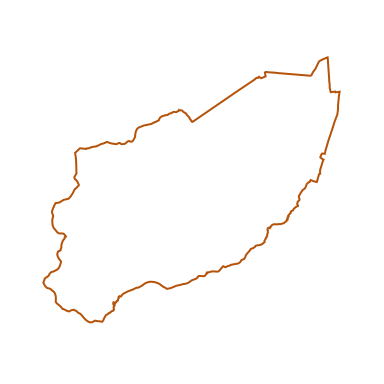 outline of Vama, Satu Mare, Romania, rotated 84°
{"feature_id": "2599482B96492701806769", "entity_name": "Vama", "entity_type": "district", "adm_level": 2, "iso_a3": "ROU", "parent_name": "Romania", "parent_adm1": "Satu Mare", "projection": "albers", "projection_center": [23.428, 47.811], "detail": "fine", "context": "isolated", "style": "outline", "palette": "amber", "viewbox_px": 384, "rotation_deg": 84, "n_neighbors": 0, "source": "geoboundaries", "source_scale": "gbopen_adm2", "svg_char_len": 5995}
<svg xmlns="http://www.w3.org/2000/svg" viewBox="0 0 384 384"><g transform="rotate(84 192 192)"><path d="M137.7,292.7L138.1,292.9L136.8,298.8L140.9,304.2L146.6,303.9L152.2,304.2L161.5,305.0L165.0,307.5L167.0,307.1L168.0,306.0L169.6,305.0L172.7,303.9L173.2,303.8L173.8,304.1L176.5,307.4L176.9,308.3L180.3,310.4L182.5,312.1L183.7,313.1L185.7,315.3L186.0,316.6L186.3,320.1L186.9,321.5L187.5,322.8L188.6,325.1L188.8,328.9L189.8,329.4L190.9,330.4L192.1,330.8L193.5,331.8L196.3,333.1L196.9,333.3L198.2,333.3L201.3,332.5L204.2,333.6L206.3,334.0L209.1,334.1L210.3,334.1L213.4,333.3L213.9,333.0L214.7,332.3L217.4,330.6L218.4,329.8L219.0,328.9L219.4,328.1L219.6,325.5L220.0,324.3L220.4,323.8L221.0,323.3L222.7,322.2L223.2,322.0L223.4,322.4L223.4,323.0L223.6,323.3L224.6,323.5L225.4,324.0L226.7,325.4L229.8,327.0L231.7,327.5L233.9,327.8L235.1,328.6L235.6,328.8L236.1,328.7L236.7,329.8L237.2,331.5L239.8,332.5L240.9,332.5L242.9,332.0L244.5,331.3L247.0,329.8L247.8,329.5L252.2,331.4L253.7,332.5L254.9,333.8L256.5,337.8L256.8,339.6L257.3,341.0L259.3,342.8L260.1,343.1L260.4,343.7L261.2,344.6L262.0,346.5L262.8,347.5L266.6,349.3L269.6,348.2L272.0,346.5L272.3,346.1L273.1,343.9L273.8,342.8L276.9,339.8L278.4,339.0L281.1,338.4L283.7,338.5L286.7,339.0L287.6,338.7L288.7,338.0L292.3,334.5L294.7,333.0L294.9,332.3L296.2,330.1L297.2,328.7L297.9,326.9L297.9,326.4L297.2,325.0L296.9,324.1L296.8,323.0L296.8,321.7L297.4,321.2L297.8,320.0L298.6,319.1L299.6,318.4L300.6,317.3L301.1,316.3L301.7,315.6L303.2,314.4L305.6,312.9L308.4,310.7L309.8,309.1L310.9,307.2L311.1,305.7L311.0,305.0L310.5,303.4L309.8,302.1L310.6,299.3L310.9,297.5L311.3,296.2L311.7,295.2L311.3,294.6L310.6,293.8L308.4,292.6L305.4,290.4L305.2,290.0L304.7,288.5L304.4,288.2L304.2,287.9L303.8,287.6L303.7,286.5L303.3,286.3L303.1,285.6L302.2,284.5L302.0,283.7L302.0,283.1L301.6,282.8L300.7,281.8L299.4,282.1L298.9,281.9L298.0,282.0L297.4,281.6L297.2,281.1L297.0,280.9L295.4,282.0L294.0,281.9L293.4,281.6L293.4,281.4L294.5,281.0L294.7,280.7L295.2,280.4L294.0,279.6L293.8,279.0L293.4,278.6L292.6,278.4L292.6,277.6L292.1,277.0L290.5,276.6L289.9,275.9L288.9,276.1L288.5,275.8L288.0,275.0L288.0,274.8L288.4,274.3L288.5,274.0L288.5,273.6L288.2,273.2L287.3,272.7L286.4,271.5L285.6,270.0L284.9,268.2L284.0,265.7L282.9,261.3L281.4,257.1L281.5,255.3L280.6,253.3L280.3,252.2L279.0,250.1L277.7,247.7L276.9,244.3L277.0,241.5L277.8,238.4L279.0,235.6L280.4,233.5L283.4,230.4L283.6,229.9L284.6,228.3L285.6,227.4L285.7,226.8L285.4,223.4L283.6,217.3L283.1,212.7L282.7,211.2L282.6,208.3L282.4,207.0L281.8,204.9L279.9,201.7L278.6,196.9L278.0,195.8L276.7,194.9L276.4,194.3L276.3,193.6L276.3,192.7L276.6,191.5L276.9,189.4L276.9,188.2L275.0,186.3L274.4,185.2L274.1,185.2L273.8,185.8L273.6,185.7L273.5,185.2L273.7,184.6L273.2,181.4L273.1,179.9L273.4,177.6L273.9,174.8L273.8,174.3L273.7,173.9L272.7,172.6L270.2,170.1L269.1,168.8L269.1,168.5L270.2,167.1L270.3,166.6L269.5,164.3L269.1,162.2L268.5,160.9L267.9,153.3L266.6,151.2L265.1,150.2L264.4,148.8L264.2,147.5L264.1,147.2L262.5,145.9L260.7,145.2L259.0,143.6L256.0,140.4L254.8,139.5L254.3,137.8L254.3,137.4L253.3,135.3L252.2,134.5L252.1,133.7L251.8,132.4L251.9,131.6L251.7,129.0L251.2,128.3L251.2,127.9L251.0,127.7L250.9,127.2L250.3,126.5L249.5,125.1L248.3,125.1L247.3,124.5L245.8,123.4L245.2,122.7L244.7,122.9L243.5,121.8L242.2,121.7L240.4,120.8L239.6,120.8L238.2,120.5L237.5,120.9L236.0,120.4L235.6,119.9L235.7,119.4L236.1,118.5L235.3,118.2L235.4,117.8L234.0,116.8L233.0,115.5L232.6,113.2L233.0,112.2L232.9,110.9L233.1,109.8L233.0,108.7L233.2,107.4L232.6,104.0L231.3,102.0L231.0,101.1L229.9,100.8L229.7,100.1L229.1,100.3L228.9,99.7L228.4,99.4L227.3,99.7L227.0,99.5L226.5,98.4L226.0,98.3L225.4,98.7L224.0,97.2L223.7,96.5L223.2,96.0L222.2,96.1L221.8,95.9L221.6,95.2L221.2,94.7L221.1,93.9L220.5,93.2L219.8,92.9L219.1,92.3L218.9,91.8L218.2,91.0L217.1,88.7L216.9,88.0L216.5,87.9L215.5,88.5L214.6,88.6L213.2,88.1L211.9,87.0L211.5,86.2L211.1,85.9L209.6,85.9L208.2,86.3L206.8,86.0L206.0,85.1L204.0,83.8L201.7,81.9L200.7,80.1L199.8,79.0L197.6,77.7L196.3,77.2L195.7,76.6L194.5,75.0L194.4,74.1L193.7,73.5L192.5,72.8L193.7,70.5L194.3,69.2L195.1,66.8L187.4,63.7L187.2,62.6L184.8,62.5L182.4,61.9L181.5,61.4L174.2,58.3L173.7,57.8L171.9,59.9L170.9,60.8L168.0,59.3L167.3,58.5L167.9,56.0L164.5,54.8L155.7,51.2L143.0,45.4L142.4,45.3L141.9,44.9L137.5,43.1L130.2,39.4L125.7,38.3L119.4,37.4L114.5,36.3L112.8,36.1L107.7,34.7L107.9,38.9L107.1,39.1L107.2,43.6L102.4,44.2L100.9,43.9L95.0,43.9L94.4,43.8L72.3,43.0L72.3,43.3L73.8,48.2L75.0,51.2L75.6,52.1L77.2,53.2L82.2,56.2L85.1,58.9L88.3,61.0L88.6,61.5L88.7,62.3L82.7,94.2L81.8,98.0L81.9,98.5L81.7,98.8L81.3,101.4L80.3,106.2L80.8,107.0L84.7,106.7L86.1,111.3L85.5,112.1L84.4,113.2L84.9,113.7L85.0,114.0L85.4,114.4L85.1,115.2L85.3,115.5L85.3,116.0L85.7,116.6L86.2,117.2L86.3,117.6L86.8,118.0L86.9,118.5L87.6,119.6L91.1,126.3L94.6,132.9L95.0,133.7L96.0,135.5L97.1,137.6L122.3,184.1L122.1,184.7L121.6,185.2L121.1,185.1L118.7,186.7L118.3,186.7L118.1,186.9L117.6,186.9L116.4,187.7L114.6,189.3L113.5,189.5L111.6,192.0L109.9,193.4L109.5,195.0L109.6,195.5L109.1,196.2L109.5,196.3L110.0,197.1L110.3,198.0L110.8,198.8L110.9,200.0L110.5,201.1L110.4,201.8L110.5,202.5L111.4,204.2L111.5,205.4L112.1,207.3L112.6,207.7L112.8,208.1L112.9,211.0L113.2,211.6L113.4,213.5L113.9,214.7L114.8,216.1L115.8,216.8L117.0,217.4L117.4,217.7L117.8,219.4L118.6,220.8L118.6,222.0L119.0,222.4L119.6,224.4L120.0,224.9L120.5,229.5L120.8,232.8L122.3,238.2L123.3,239.8L125.5,241.3L128.2,242.3L129.3,242.4L130.1,242.8L130.9,242.7L132.3,243.5L134.9,245.4L135.5,246.2L135.6,246.6L135.5,247.8L135.3,248.4L134.8,249.1L134.7,249.6L134.9,250.3L135.1,250.9L135.9,251.9L136.9,253.5L137.1,254.3L137.2,256.7L137.0,257.3L136.1,258.1L135.6,259.2L135.6,259.6L136.5,262.0L136.4,263.1L135.1,267.6L134.3,269.4L133.4,270.9L133.3,271.4L134.4,274.6L134.8,277.3L135.1,278.2L135.7,279.5L136.2,281.4L136.6,282.0L136.7,282.9L136.6,284.1L136.9,287.1L137.1,288.1L137.4,288.8L137.6,289.7L137.7,290.5L137.7,292.7Z" fill="none" stroke="#b45309" stroke-width="2"/></g></svg>